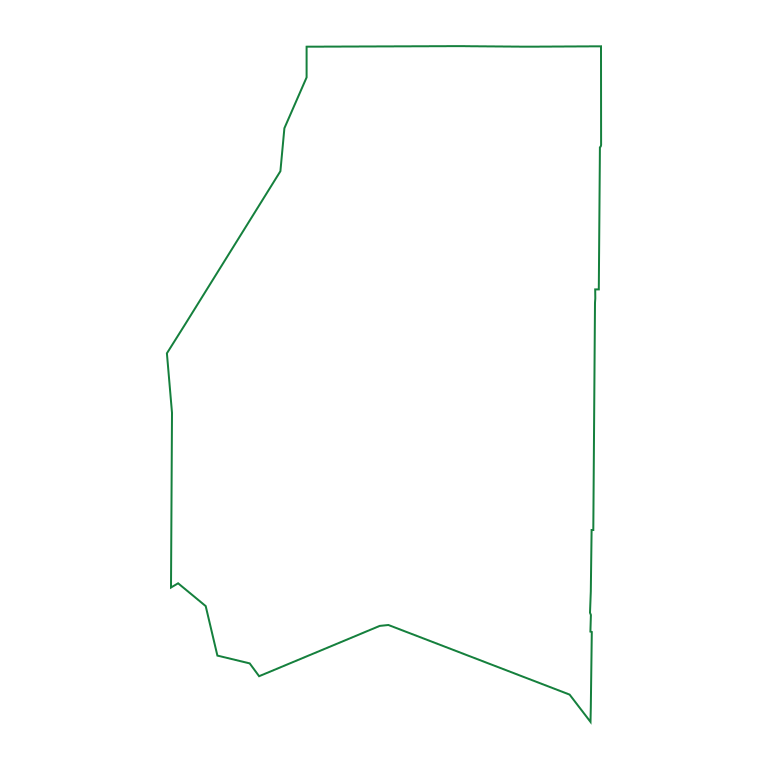 Preston, West Virginia, United States of America (Natural Earth projection)
{"feature_id": "52423323B40948344382012", "entity_name": "Preston", "entity_type": "district", "adm_level": 2, "iso_a3": "USA", "parent_name": "United States of America", "parent_adm1": "West Virginia", "projection": "natural_earth1", "projection_center": [-79.641, 39.458], "detail": "fine", "context": "isolated", "style": "outline", "palette": "green", "viewbox_px": 768, "rotation_deg": 0, "n_neighbors": 0, "source": "geoboundaries", "source_scale": "gbopen_adm2", "svg_char_len": 613}
<svg xmlns="http://www.w3.org/2000/svg" viewBox="0 0 768 768"><path d="M171.0,587.5L178.1,583.3L205.7,606.1L217.4,655.6L249.7,663.4L259.1,676.2L379.7,625.9L388.4,625.0L569.6,694.6L590.5,721.9L590.8,707.7L591.8,632.0L591.5,631.9L590.4,631.6L590.9,615.0L590.0,612.7L590.8,591.6L591.6,530.0L593.3,530.0L595.0,302.7L595.3,298.4L595.2,289.4L598.8,289.4L599.8,163.5L599.9,147.4L600.7,146.5L601.1,145.0L601.0,46.3L527.3,46.7L466.1,46.2L463.6,46.1L306.6,46.7L306.6,77.4L284.4,128.2L280.4,171.2L256.9,209.0L218.3,271.0L185.4,323.9L166.9,353.3L172.0,412.8L171.0,587.5Z" fill="none" stroke="#15803d" stroke-width="2"/></svg>